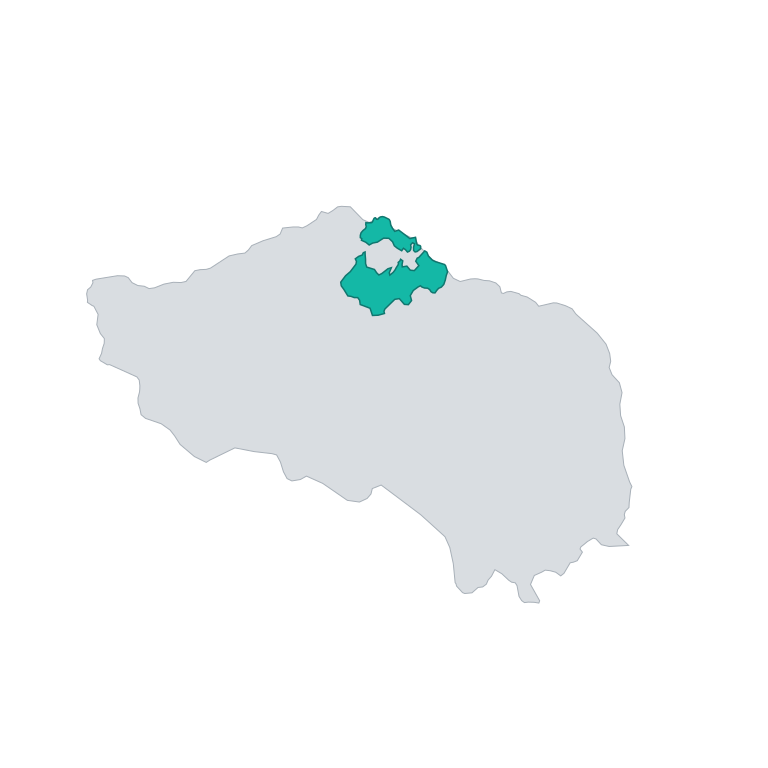 Csongrád on a map of Hungary (Albers equal-area conic projection), rotated 219°
{"feature_id": "HUN-3172", "entity_name": "Csongrád", "entity_type": "County", "adm_level": 1, "iso_a3": "HUN", "parent_name": "Hungary", "parent_adm1": "", "projection": "albers", "projection_center": [20.284, 46.456], "detail": "fine", "context": "in_parent", "style": "filled", "palette": "teal", "viewbox_px": 768, "rotation_deg": 219, "n_neighbors": 0, "source": "natural_earth", "source_scale": "10m", "svg_char_len": 4649}
<svg xmlns="http://www.w3.org/2000/svg" viewBox="0 0 768 768"><g transform="rotate(219 384 384)"><path d="M611.1,224.8L619.1,223.6L619.4,223.7L621.3,224.3L622.8,230.2L623.0,230.5L625.1,234.4L627.0,239.5L629.9,243.3L636.2,244.7L644.5,249.3L650.0,258.2L658.1,261.7L658.6,261.8L660.2,261.3L665.9,260.8L667.1,262.6L671.8,266.9L673.7,270.7L672.9,274.8L673.9,279.5L675.7,281.1L673.7,284.3L659.3,300.4L653.6,304.7L649.7,305.7L643.6,304.2L637.3,305.6L631.8,309.1L626.6,310.3L622.8,314.4L617.9,323.1L611.8,330.4L605.6,335.1L602.4,339.1L602.3,353.0L598.9,357.1L594.3,361.2L591.8,364.8L585.0,386.0L579.6,392.9L574.5,398.2L573.7,402.9L573.9,408.3L568.1,419.3L560.5,430.6L559.1,435.2L560.9,441.4L553.6,448.7L549.3,452.2L545.7,453.9L543.5,458.4L540.0,469.4L541.0,474.2L541.2,478.7L534.8,481.4L533.0,486.4L531.5,492.5L528.9,495.3L521.7,500.5L503.9,498.4L497.2,500.2L495.2,503.9L494.8,506.8L492.6,509.5L488.6,513.0L484.4,514.6L475.1,510.3L455.2,514.7L451.8,517.8L449.0,515.6L444.7,513.5L424.7,511.0L416.9,512.9L406.3,512.1L396.6,509.8L389.3,511.6L382.8,520.1L379.6,523.0L377.1,524.8L371.5,527.4L366.9,530.6L360.7,532.9L355.2,532.5L350.1,528.7L348.2,529.5L346.5,532.9L343.7,535.8L335.9,539.2L333.9,539.1L333.5,539.1L327.5,541.7L317.6,542.9L312.7,541.8L303.5,553.6L300.7,555.7L292.1,559.1L285.1,560.8L279.2,559.2L276.8,559.0L250.3,557.7L236.5,554.7L227.8,549.7L222.1,544.3L219.4,538.5L212.6,534.7L201.9,533.1L193.6,527.1L188.0,516.7L180.2,508.3L170.2,501.9L162.4,493.2L156.9,482.1L146.5,471.8L131.4,462.4L126.8,460.3L126.0,457.5L118.9,446.3L115.9,442.2L116.4,436.9L115.1,433.8L112.4,431.5L111.3,423.7L110.8,417.9L108.8,414.1L92.3,412.5L106.8,399.4L113.9,395.9L121.8,397.0L124.4,395.9L125.2,393.9L126.8,389.5L127.6,385.3L128.5,381.4L127.8,379.1L124.0,378.2L122.6,368.3L124.7,364.7L126.8,362.2L125.0,350.1L125.9,346.1L132.1,345.8L137.3,343.5L141.6,340.8L143.0,337.1L146.7,329.8L144.0,320.4L126.6,313.5L125.8,311.2L130.0,308.8L134.6,305.3L137.3,302.5L140.7,302.3L145.4,303.9L153.7,311.0L156.9,312.1L160.1,310.3L163.5,310.0L173.0,310.7L181.0,309.5L179.5,302.3L179.7,297.1L178.5,292.9L179.6,288.4L182.9,285.0L184.2,277.1L189.4,272.0L191.7,271.3L200.4,272.6L202.4,274.1L203.7,274.4L217.1,288.0L229.9,298.3L240.5,303.7L256.4,304.6L273.2,305.5L301.4,304.5L322.6,303.7L324.0,301.2L327.3,295.4L324.9,290.3L325.1,284.4L328.8,276.8L339.3,270.5L369.1,268.2L386.3,263.6L388.9,257.1L394.6,250.7L399.8,249.5L406.9,252.5L415.4,258.2L422.8,261.3L427.2,259.4L442.3,249.8L459.7,240.5L471.5,215.2L472.8,211.2L485.6,208.3L504.4,208.7L514.0,211.9L521.3,213.6L532.1,212.9L547.7,207.2L553.5,207.3L558.0,211.1L563.0,214.3L566.4,218.3L569.0,224.0L570.4,226.1L572.6,229.0L576.7,233.0L580.5,234.0L609.4,226.4L611.1,224.8Z" fill="#d9dde1" stroke="#a8b0b8" stroke-width="1"/><path d="M412.1,515.0L410.6,514.7L405.2,511.2L403.9,507.5L401.8,503.4L400.2,499.0L400.4,495.4L401.8,492.7L401.9,489.9L401.7,486.9L403.5,485.6L405.5,485.3L407.9,486.1L410.4,485.9L412.9,484.1L415.6,483.2L417.5,483.3L418.6,480.8L420.1,475.1L419.2,469.2L415.1,466.2L415.0,461.0L418.3,458.7L425.8,460.0L428.9,456.6L430.5,442.8L429.8,440.5L428.0,439.1L431.8,433.8L436.1,430.0L442.5,434.1L452.5,430.8L455.6,433.7L458.8,434.6L461.6,432.4L464.7,431.4L467.5,429.7L474.6,432.2L479.0,433.4L481.7,435.9L482.0,444.0L480.9,450.1L481.2,459.5L482.6,462.0L485.1,463.2L484.0,467.3L482.1,470.5L482.7,473.0L481.8,474.7L480.1,472.7L477.0,469.5L474.1,466.0L471.0,464.0L463.5,467.0L459.7,465.8L456.6,465.5L455.2,468.5L453.5,476.0L451.5,479.0L449.9,473.7L448.0,472.3L447.1,476.6L447.2,479.6L447.7,482.2L448.0,485.1L448.4,486.5L449.5,487.4L449.1,489.5L449.6,491.4L446.9,491.5L445.2,488.3L443.5,486.5L440.4,490.0L435.2,489.0L431.8,491.2L431.4,497.9L436.6,499.4L437.4,502.7L436.6,504.2L436.1,513.1L433.6,513.4L429.9,511.3L424.3,510.7L420.8,511.5L419.4,512.1L412.1,515.0ZM499.6,498.0L498.8,498.4L495.4,501.3L495.0,502.0L495.1,503.2L495.9,506.0L495.9,507.0L495.2,507.8L494.4,507.6L493.5,507.3L492.9,507.6L492.4,508.5L492.4,510.1L492.4,510.4L491.9,511.6L490.6,513.1L488.8,514.0L483.9,515.1L483.2,515.0L482.2,514.6L481.3,514.1L478.7,511.7L475.3,510.3L471.7,509.4L469.5,512.9L455.4,513.3L451.8,517.8L447.1,513.7L445.5,513.1L443.3,514.2L442.6,514.2L442.0,513.9L441.1,512.6L440.6,512.2L441.7,507.7L442.9,506.2L445.0,506.4L447.1,508.9L448.6,512.2L450.7,511.7L450.9,508.9L449.1,507.4L447.9,505.2L447.8,503.2L448.8,501.3L451.9,501.9L454.3,501.7L454.1,498.7L459.2,497.9L463.0,497.9L466.8,499.9L471.9,500.3L476.1,497.1L478.4,490.1L481.5,486.4L483.0,482.7L487.4,482.7L492.0,481.5L492.8,483.0L494.5,482.8L496.0,484.7L497.0,487.1L496.9,490.1L496.2,493.2L496.9,495.2L498.5,496.4L499.6,498.0L499.6,498.0Z" fill="#14b8a6" stroke="#0f766e" stroke-width="1.5"/></g></svg>